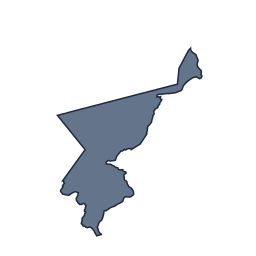 São João da Fronteira, Piauí, Brazil, rotated 46°
{"feature_id": "56859067B29331211301697", "entity_name": "São João da Fronteira", "entity_type": "district", "adm_level": 2, "iso_a3": "BRA", "parent_name": "Brazil", "parent_adm1": "Piauí", "projection": "equal_earth", "projection_center": [-41.223, -3.936], "detail": "fine", "context": "isolated", "style": "filled", "palette": "slate", "viewbox_px": 256, "rotation_deg": 46, "n_neighbors": 0, "source": "geoboundaries", "source_scale": "gbopen_adm2", "svg_char_len": 2893}
<svg xmlns="http://www.w3.org/2000/svg" viewBox="0 0 256 256"><g transform="rotate(46 128 128)"><path d="M120.6,211.9L121.5,211.1L122.6,212.0L123.7,212.2L123.7,213.9L124.1,215.4L125.2,215.6L125.5,217.2L125.8,219.0L126.3,220.2L127.3,220.6L128.7,220.7L130.0,221.0L131.0,220.3L132.2,219.5L133.1,219.0L133.9,218.4L134.8,217.6L135.5,216.8L135.6,215.5L135.8,214.1L136.2,212.7L136.6,211.0L137.5,210.1L138.6,209.3L139.9,208.7L140.8,209.9L141.7,211.1L142.2,212.7L142.6,213.9L143.4,214.8L144.6,215.6L145.8,215.3L146.9,216.0L148.2,215.7L149.3,215.9L150.1,215.2L150.9,214.1L151.4,212.3L152.7,211.7L153.5,212.2L154.8,212.3L155.3,213.3L155.9,214.3L156.6,215.1L156.8,216.5L157.9,217.2L159.1,216.8L159.7,218.6L160.5,220.1L161.0,221.6L160.8,223.2L161.5,224.3L162.5,225.1L163.2,226.1L163.7,227.1L164.4,228.1L165.9,227.8L167.1,228.4L167.9,228.0L168.8,227.3L169.9,227.3L171.3,226.6L172.0,225.5L172.7,224.3L173.9,223.7L175.1,223.7L176.6,223.5L177.5,224.0L178.4,223.8L179.3,224.1L180.3,224.7L181.3,224.7L182.4,225.0L183.8,225.4L186.1,221.2L185.3,221.0L184.3,221.3L181.8,220.9L180.1,219.8L178.2,219.2L177.3,217.3L176.6,216.0L175.9,214.5L175.7,212.9L176.0,211.1L175.1,208.8L173.3,205.8L171.1,202.8L172.3,201.2L172.5,199.9L173.3,195.2L174.9,192.1L175.2,190.9L175.3,189.3L176.9,184.2L177.0,182.5L175.3,179.3L175.7,177.6L178.6,175.0L179.4,173.6L179.6,172.1L179.8,171.0L179.5,169.8L177.1,168.0L174.5,167.5L173.5,167.4L170.7,168.1L167.7,167.3L165.8,166.1L164.7,166.1L163.1,166.6L162.3,166.3L161.0,164.9L159.5,164.2L158.7,163.2L159.2,160.6L158.2,160.3L157.3,160.4L156.4,161.2L155.2,161.5L154.3,160.7L153.2,162.0L152.2,163.1L151.0,163.6L149.8,163.0L147.3,164.4L146.1,164.3L144.8,164.9L142.0,165.7L138.9,168.5L137.8,168.2L137.4,166.9L137.6,165.2L138.1,164.2L139.2,164.0L140.9,161.7L142.4,159.7L141.4,157.4L140.6,156.1L140.4,155.0L140.1,153.6L140.0,152.1L139.9,150.8L139.6,149.2L140.5,148.3L140.8,146.9L141.0,145.3L141.9,145.3L142.4,144.1L142.6,142.8L143.9,141.2L144.6,140.2L145.8,140.7L148.0,130.2L145.7,119.9L145.3,118.4L144.2,117.9L143.4,116.0L142.4,115.1L141.6,113.9L140.6,112.6L140.7,111.0L140.1,107.0L138.1,104.1L137.6,102.9L136.5,101.6L136.1,99.5L134.1,98.1L133.2,95.1L133.9,93.1L133.7,91.9L132.9,90.6L132.9,88.7L132.0,87.8L131.7,85.9L130.9,83.8L129.7,84.6L128.9,84.0L128.1,82.8L127.6,84.1L126.6,84.2L125.8,85.7L124.5,84.3L124.8,83.1L126.1,81.3L127.4,79.8L130.2,76.1L131.6,74.8L133.1,72.7L134.8,70.5L135.5,69.5L138.0,63.5L137.7,62.1L136.1,59.0L135.9,57.0L135.8,54.8L135.8,52.5L136.2,49.8L136.7,47.2L137.0,46.1L138.5,43.6L140.0,42.9L142.4,42.2L142.7,40.8L142.3,39.2L141.6,38.5L140.3,38.3L139.1,36.8L137.6,35.4L136.8,35.5L132.8,35.5L130.5,34.4L129.4,32.9L128.3,30.8L127.2,30.1L124.5,29.2L122.5,28.2L119.4,28.8L118.0,29.1L116.2,28.9L115.0,28.5L114.1,27.6L114.2,30.7L120.5,49.8L130.8,62.0L105.0,107.6L79.9,152.1L69.9,170.0L113.8,173.9L114.5,177.7L120.6,211.9Z" fill="#64748b" stroke="#1e293b" stroke-width="1.5"/></g></svg>